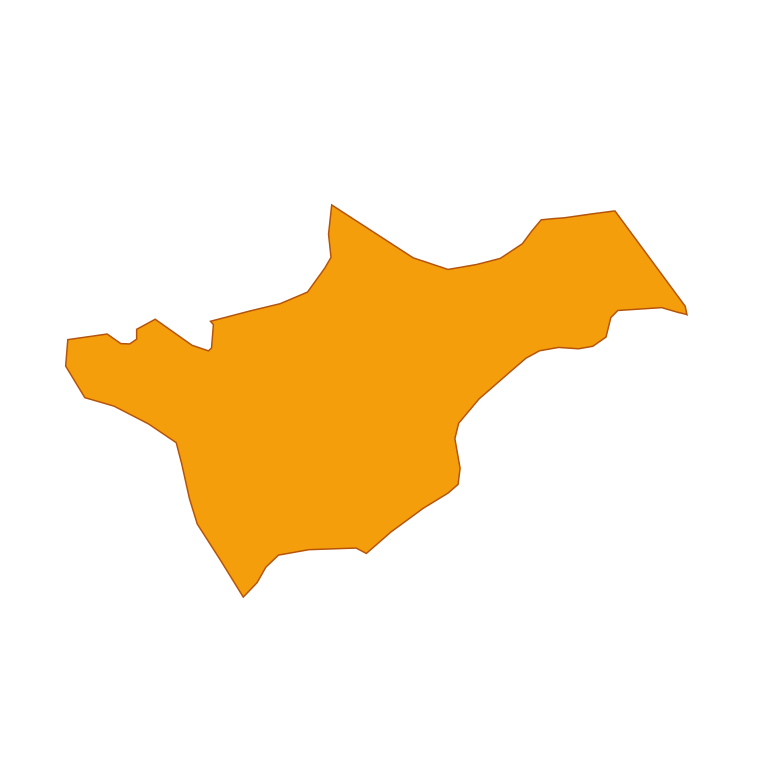 SVG path tracing the border of Denbighshire, rotated 80°
{"feature_id": "GBR-2125", "entity_name": "Denbighshire", "entity_type": "Unitary Authority (wales)", "adm_level": 1, "iso_a3": "GBR", "parent_name": "United Kingdom", "parent_adm1": "", "projection": "orthographic", "projection_center": [-3.367, 53.104], "detail": "fine", "context": "isolated", "style": "filled", "palette": "amber", "viewbox_px": 768, "rotation_deg": 80, "n_neighbors": 0, "source": "natural_earth", "source_scale": "10m", "svg_char_len": 1028}
<svg xmlns="http://www.w3.org/2000/svg" viewBox="0 0 768 768"><g transform="rotate(80 384 384)"><path d="M253.7,126.5L359.7,73.9L368.4,73.6L367.8,74.5L364.7,81.5L364.8,81.5L357.0,97.3L352.2,141.0L358.0,149.1L376.3,157.2L383.1,171.8L383.1,186.3L378.3,205.7L378.3,225.1L383.2,239.7L393.8,257.5L415.2,293.0L435.6,317.3L450.1,323.7L465.7,323.7L480.2,323.7L495.7,328.5L502.5,339.8L513.3,367.2L530.9,402.8L547.8,430.8L540.7,440.0L534.1,486.9L534.2,517.7L543.9,532.2L557.6,543.5L569.4,559.6L528.5,575.9L489.5,592.2L463.2,595.5L427.2,597.1L405.7,598.8L382.3,623.0L358.9,653.8L345.5,681.0L311.1,694.4L285.4,687.7L286.7,648.0L298.5,636.2L300.4,627.5L296.9,619.8L287.2,618.1L280.5,598.1L312.5,566.4L320.9,551.1L318.6,547.6L295.9,541.7L292.1,544.0L288.8,503.3L286.9,472.6L280.2,443.4L259.8,422.4L250.1,414.2L226.8,412.6L198.6,404.4L264.8,333.4L282.3,301.1L282.4,272.0L280.5,247.7L269.9,223.4L259.2,212.1L249.6,200.7L250.6,187.8L251.6,178.1L252.6,149.0L253.5,129.0L253.7,126.5Z" fill="#f59e0b" stroke="#b45309" stroke-width="1.5"/></g></svg>